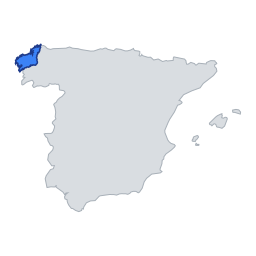 La Coruña on a map of Spain (Albers equal-area conic projection)
{"feature_id": "ESP-5827", "entity_name": "La Coruña", "entity_type": "Autonomous Community", "adm_level": 1, "iso_a3": "ESP", "parent_name": "Spain", "parent_adm1": "", "projection": "albers", "projection_center": [-8.526, 43.162], "detail": "fine", "context": "in_parent", "style": "filled", "palette": "blue", "viewbox_px": 256, "rotation_deg": 0, "n_neighbors": 0, "source": "natural_earth", "source_scale": "10m", "svg_char_len": 6908}
<svg xmlns="http://www.w3.org/2000/svg" viewBox="0 0 256 256"><path d="M133.5,48.5L133.6,49.3L134.9,50.6L138.8,51.1L139.8,51.6L139.8,53.6L139.0,55.4L139.9,56.1L140.8,56.0L141.8,54.5L142.1,55.4L143.9,56.1L147.9,57.3L150.6,57.2L153.7,60.0L158.2,59.0L162.6,61.5L166.4,60.5L167.3,61.0L173.2,60.4L173.3,58.0L173.9,56.9L184.6,59.1L186.1,61.0L186.0,62.0L186.8,64.3L188.2,64.1L190.8,62.4L194.5,63.6L195.6,65.0L196.3,65.0L198.8,63.2L206.2,64.0L206.4,62.8L206.8,62.4L209.7,61.0L210.9,60.6L214.8,60.8L215.5,62.1L216.3,62.5L216.8,63.7L214.7,64.7L214.7,66.7L216.3,68.3L216.9,71.2L213.5,75.5L203.2,83.5L200.1,87.8L191.9,90.8L183.6,94.7L179.0,100.5L180.4,100.7L182.1,102.3L181.7,103.2L179.6,104.6L177.6,105.2L174.4,112.0L169.8,119.1L168.2,122.3L164.8,130.3L164.9,132.6L167.8,140.0L169.2,141.9L171.0,143.4L174.3,144.5L175.3,145.8L174.3,147.3L171.4,150.0L166.1,153.8L164.0,156.6L163.7,159.1L162.2,160.3L161.9,163.8L160.1,168.8L160.1,170.1L162.0,171.6L160.3,172.9L151.7,174.1L146.6,178.3L144.2,181.8L142.2,188.2L139.5,192.1L138.2,192.8L136.0,191.4L133.5,191.3L131.0,192.0L129.8,193.4L127.8,194.3L125.8,193.8L121.4,193.7L119.5,193.9L116.6,195.1L114.0,194.6L109.6,194.5L100.2,195.8L99.1,196.3L95.1,200.6L90.5,200.9L86.4,202.8L83.8,206.9L83.3,209.1L82.5,208.6L81.9,208.9L81.6,210.5L78.8,211.6L75.5,210.4L72.7,208.5L71.3,208.4L68.9,205.3L67.9,203.4L67.2,201.2L67.1,199.7L65.0,198.9L64.5,196.9L65.9,194.3L67.8,192.8L66.0,193.0L64.7,194.7L63.0,192.1L56.0,187.1L56.4,185.2L55.2,186.6L54.5,187.0L51.0,186.8L47.0,187.5L45.2,178.8L46.2,175.7L50.5,169.6L53.3,168.7L54.4,165.6L51.8,165.8L47.7,159.9L48.6,154.3L52.6,150.1L53.2,148.4L53.3,146.9L52.5,145.8L50.4,145.2L48.0,140.9L47.5,138.1L45.6,136.6L44.1,133.9L45.5,133.5L51.1,133.4L52.4,132.6L53.4,130.8L54.4,127.8L54.6,125.9L52.4,123.4L52.3,122.8L52.6,121.9L55.9,118.9L55.2,116.8L55.7,112.2L55.3,109.5L54.9,107.4L53.7,104.6L54.4,103.4L56.1,102.4L57.5,100.0L59.5,98.0L62.1,96.4L65.1,92.9L64.6,91.4L63.5,90.6L59.7,90.0L59.4,89.4L59.3,85.7L58.3,84.2L56.9,84.4L54.8,83.8L54.3,84.2L51.7,84.2L49.8,83.5L49.0,84.1L48.8,85.4L45.7,86.8L43.9,86.8L41.0,85.7L37.7,86.1L37.3,85.8L34.5,87.3L33.6,87.4L32.4,85.6L33.9,82.9L32.6,80.4L31.7,80.3L26.5,82.2L23.5,84.6L22.3,84.9L21.8,84.5L21.7,81.0L24.9,77.4L22.9,77.1L23.0,76.1L24.3,74.4L22.9,73.1L23.0,69.4L20.2,70.6L19.4,70.4L19.4,68.9L21.1,66.0L19.3,65.6L18.0,64.5L16.3,62.1L16.3,60.8L17.2,57.8L19.6,56.4L22.0,54.4L25.3,54.8L30.2,53.0L31.9,52.1L31.8,50.8L31.3,49.9L31.8,49.0L35.7,46.5L38.1,46.2L40.5,45.0L42.1,45.8L43.5,45.5L45.2,46.4L47.4,48.6L50.6,49.4L53.1,48.7L65.9,48.2L69.6,47.0L72.5,48.2L78.0,48.7L81.3,49.6L90.6,51.1L93.9,51.0L100.4,48.8L102.3,49.1L104.9,48.1L106.2,48.2L107.9,49.4L113.9,50.7L115.3,49.2L116.4,48.8L120.7,49.4L125.1,50.9L127.3,50.9L130.5,50.1L133.5,48.5ZM221.7,117.7L223.4,118.2L225.0,117.3L225.9,117.3L226.8,117.6L227.3,118.9L224.6,126.1L222.0,128.3L218.9,127.3L217.2,127.1L216.6,126.7L215.9,124.6L215.1,124.0L214.0,123.8L211.9,125.8L211.1,124.8L210.0,124.7L209.5,124.1L209.4,123.2L215.6,117.1L217.4,115.7L221.4,113.8L222.1,113.9L221.7,114.7L222.3,115.4L221.7,117.7ZM240.6,112.1L240.3,114.1L234.8,112.4L233.1,112.3L232.7,112.0L232.6,110.1L235.9,109.4L238.8,109.9L240.6,112.1ZM195.8,140.0L195.4,141.4L192.8,141.3L192.1,140.8L192.5,139.2L193.2,139.0L193.2,137.9L193.8,136.8L197.3,135.5L198.2,136.1L198.5,137.1L196.6,139.7L195.8,140.0ZM199.0,145.0L198.6,145.4L195.8,145.4L195.6,144.6L196.1,143.3L197.2,144.4L198.9,144.4L199.0,145.0Z" fill="#d9dde1" stroke="#a8b0b8" stroke-width="1"/><path d="M24.3,68.4L24.2,68.4L24.0,68.7L23.9,69.1L23.7,69.3L23.4,69.4L23.1,69.3L22.9,69.0L22.7,68.7L22.3,69.0L22.2,69.2L22.4,69.4L22.1,69.9L21.9,70.0L21.6,69.9L21.7,69.6L21.0,70.1L21.2,70.4L21.0,70.6L20.4,70.7L20.4,70.9L20.3,71.3L20.1,71.4L20.0,71.5L19.8,71.8L19.5,71.5L19.5,71.1L19.4,70.8L19.1,70.6L18.8,70.4L18.9,69.8L19.1,69.3L19.3,69.0L19.3,68.7L19.4,68.4L19.5,67.9L19.7,67.7L19.8,67.5L19.9,67.4L20.1,67.3L20.6,67.0L21.0,66.4L21.2,66.2L21.6,66.1L21.8,65.6L21.8,65.3L21.4,65.1L21.4,65.6L21.1,65.9L20.8,66.1L20.3,66.1L19.5,66.0L19.2,66.1L19.3,66.4L18.9,66.8L18.7,66.9L18.4,66.9L18.2,66.7L18.1,66.4L18.0,66.0L17.8,65.7L18.0,65.7L18.3,65.4L18.4,65.2L18.0,64.8L17.7,64.7L17.6,64.2L17.8,63.8L17.9,63.7L17.9,63.4L17.5,63.3L17.3,63.2L17.1,62.8L16.9,62.7L16.9,62.8L17.0,63.1L16.9,63.2L16.7,63.2L16.6,62.9L16.4,62.9L16.3,63.0L16.1,63.1L16.0,63.3L15.8,63.7L15.7,63.9L15.5,63.4L15.4,63.2L15.5,62.9L15.8,62.0L15.8,61.9L15.9,61.7L16.0,61.4L16.0,61.2L15.9,61.1L15.7,60.9L15.6,60.4L15.9,60.3L16.0,60.1L16.1,59.7L16.3,59.5L16.5,59.4L16.6,59.1L16.8,59.3L17.0,59.4L17.5,59.1L17.6,58.9L17.8,58.7L18.0,58.6L18.3,58.5L18.3,58.4L18.1,58.5L17.7,58.6L17.4,58.6L17.5,58.4L17.0,58.6L16.7,58.6L16.6,58.2L17.3,57.5L17.9,57.2L18.4,57.5L18.7,57.5L19.0,57.4L19.4,57.2L19.6,57.0L19.8,56.7L19.9,56.4L20.0,56.4L20.3,56.7L20.7,56.7L21.1,56.5L21.4,56.3L21.0,56.3L20.9,56.2L20.6,55.7L20.4,55.6L20.2,55.5L20.3,55.4L20.5,55.4L21.1,55.1L21.8,54.7L22.3,54.5L22.4,54.4L22.6,54.3L22.7,54.2L22.9,54.3L23.4,54.8L23.7,55.0L24.0,55.0L24.6,55.2L24.9,55.3L25.3,55.1L25.9,54.8L26.5,54.6L27.0,54.8L27.8,54.4L28.0,54.3L28.0,54.1L28.2,53.9L28.3,53.8L28.6,53.7L28.8,53.5L29.7,53.3L29.8,53.5L29.9,53.8L30.2,54.1L30.4,53.8L30.5,53.6L30.5,53.1L30.6,52.8L30.9,52.9L31.4,53.2L31.6,53.2L31.7,53.4L31.8,53.7L31.9,53.9L32.2,54.3L32.4,54.5L32.5,54.8L32.6,54.5L32.6,54.1L32.5,53.5L32.5,53.1L32.6,52.9L32.8,52.8L33.1,52.6L32.7,52.4L31.9,52.4L31.6,52.4L31.3,51.9L31.0,51.8L31.3,51.6L32.9,51.4L33.0,51.3L33.1,51.2L33.2,50.9L32.7,51.1L31.8,51.3L31.8,51.2L32.0,51.1L31.9,51.0L31.8,50.9L31.6,51.2L31.3,51.4L30.6,51.4L30.7,51.1L30.7,50.6L30.8,50.3L31.0,50.4L31.2,50.1L31.1,49.9L30.9,49.6L30.9,49.3L31.2,49.4L31.3,49.3L31.7,49.4L32.1,49.1L34.4,47.4L34.5,47.6L34.8,47.7L35.0,47.7L34.8,47.7L34.9,47.4L35.0,47.4L34.7,47.1L34.6,46.9L34.7,46.7L34.7,46.4L34.8,46.2L35.1,46.2L35.6,46.2L36.1,46.0L36.5,45.8L36.9,45.4L37.2,45.0L37.6,45.0L37.8,45.3L37.9,45.7L38.2,46.0L37.9,46.0L37.7,46.2L37.7,46.4L37.7,46.6L37.8,46.7L37.6,46.9L37.4,46.7L37.3,46.8L37.2,46.9L37.2,47.1L38.0,47.1L38.1,46.9L37.9,46.5L38.0,46.3L38.6,46.5L38.6,46.4L38.5,46.2L38.7,45.9L39.0,45.7L39.3,45.5L39.9,45.3L40.3,45.1L40.5,44.8L40.6,44.4L40.8,44.4L40.9,44.6L41.0,44.8L40.9,44.9L40.5,45.4L40.5,45.7L40.3,46.9L40.6,47.4L40.1,48.0L40.1,48.6L40.1,48.8L40.0,49.0L39.7,49.3L39.6,49.5L39.8,50.1L39.8,50.3L39.3,51.8L38.8,52.1L38.7,52.6L38.6,52.8L38.4,52.9L37.7,52.7L37.6,54.2L37.5,54.4L36.9,55.1L36.8,55.4L36.9,55.6L37.0,55.9L37.0,56.1L36.5,57.5L37.1,59.6L37.0,59.8L36.9,59.9L36.9,60.2L36.9,60.5L37.4,61.9L37.4,62.4L37.3,63.0L36.9,63.7L36.8,63.8L36.4,64.0L35.9,64.9L35.4,65.2L35.1,65.2L33.1,64.8L32.8,64.9L32.6,65.2L32.6,65.3L32.4,65.3L31.9,65.2L31.7,65.2L31.3,65.5L31.1,65.5L31.1,65.3L31.0,65.2L30.9,65.0L30.7,65.0L30.5,65.3L30.6,65.7L30.6,65.9L30.6,66.1L30.5,66.3L30.3,66.4L29.7,66.2L29.2,66.9L28.8,67.2L28.6,67.2L28.4,67.2L27.9,66.9L26.7,67.1L26.4,67.3L26.3,67.6L26.2,67.7L25.6,67.6L24.5,68.0L24.3,68.4Z" fill="#3b82f6" stroke="#1e3a8a" stroke-width="1.5"/></svg>